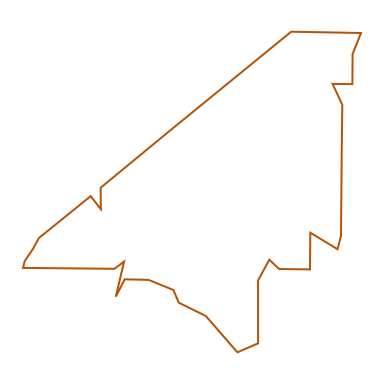 outline of Peach, Georgia, United States of America
{"feature_id": "52423323B59548723036137", "entity_name": "Peach", "entity_type": "district", "adm_level": 2, "iso_a3": "USA", "parent_name": "United States of America", "parent_adm1": "Georgia", "projection": "robinson", "projection_center": [-83.838, 32.566], "detail": "fine", "context": "isolated", "style": "outline", "palette": "amber", "viewbox_px": 384, "rotation_deg": 0, "n_neighbors": 0, "source": "geoboundaries", "source_scale": "gbopen_adm2", "svg_char_len": 512}
<svg xmlns="http://www.w3.org/2000/svg" viewBox="0 0 384 384"><path d="M361.0,33.0L291.2,31.7L167.5,132.6L100.7,187.7L100.8,209.2L90.7,196.1L38.8,238.1L33.3,248.4L24.7,261.2L23.0,267.9L114.4,268.8L124.1,261.6L115.8,296.7L124.7,279.3L148.5,279.9L173.4,290.0L178.8,302.7L205.8,316.0L237.4,352.3L258.1,343.3L258.1,280.4L269.3,259.7L279.1,269.0L310.0,269.4L310.3,232.7L337.5,249.2L341.0,235.8L341.7,154.5L342.3,104.8L332.6,83.9L352.4,84.1L352.6,54.1L361.0,33.0Z" fill="none" stroke="#b45309" stroke-width="2"/></svg>